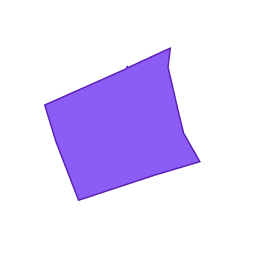 Westall Group/The Mangue, Vieux Fort, Saint Lucia (orthographic projection), rotated 227°
{"feature_id": "8701671B97284253822936", "entity_name": "Westall Group/The Mangue", "entity_type": "district", "adm_level": 2, "iso_a3": "LCA", "parent_name": "Saint Lucia", "parent_adm1": "Vieux Fort", "projection": "orthographic", "projection_center": [-60.953, 13.727], "detail": "fine", "context": "isolated", "style": "filled", "palette": "violet", "viewbox_px": 256, "rotation_deg": 227, "n_neighbors": 0, "source": "geoboundaries", "source_scale": "gbopen_adm2", "svg_char_len": 380}
<svg xmlns="http://www.w3.org/2000/svg" viewBox="0 0 256 256"><g transform="rotate(227 128 128)"><path d="M173.5,169.3L172.5,167.0L201.6,82.8L182.5,73.5L167.1,66.0L108.9,42.6L75.3,115.5L54.4,157.6L86.2,165.1L108.0,177.3L122.5,185.7L145.3,198.8L157.5,213.4L159.1,208.9L170.9,173.0L171.4,171.3L172.0,169.5L173.5,169.3Z" fill="#8b5cf6" stroke="#5b21b6" stroke-width="1.5"/></g></svg>